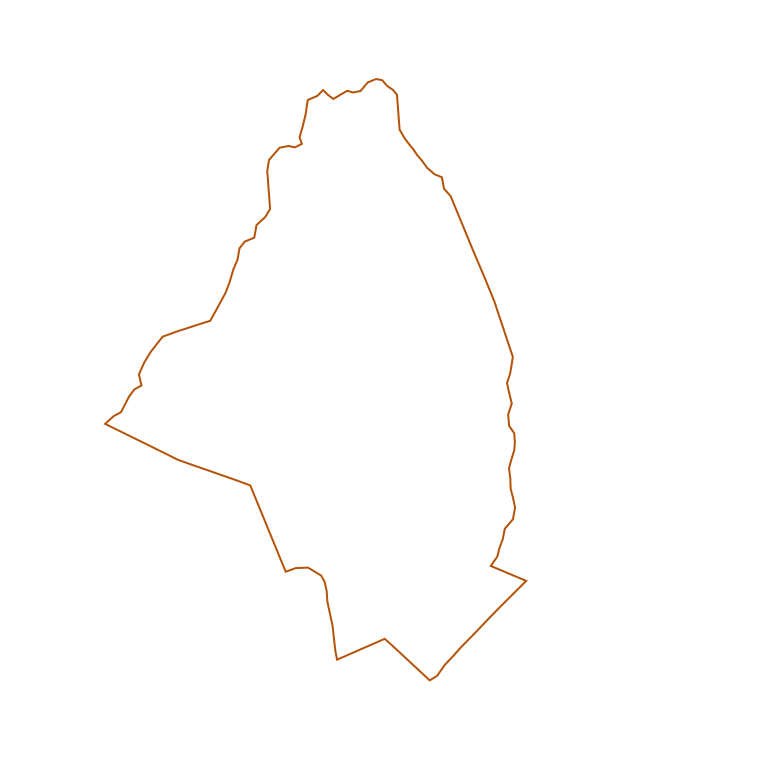 Cacimbinhas, Alagoas, Brazil (Equal Earth projection), rotated 210°
{"feature_id": "56859067B79735294491019", "entity_name": "Cacimbinhas", "entity_type": "district", "adm_level": 2, "iso_a3": "BRA", "parent_name": "Brazil", "parent_adm1": "Alagoas", "projection": "equal_earth", "projection_center": [-36.913, -9.453], "detail": "fine", "context": "isolated", "style": "outline", "palette": "amber", "viewbox_px": 768, "rotation_deg": 210, "n_neighbors": 0, "source": "geoboundaries", "source_scale": "gbopen_adm2", "svg_char_len": 1534}
<svg xmlns="http://www.w3.org/2000/svg" viewBox="0 0 768 768"><g transform="rotate(210 384 384)"><path d="M286.8,121.8L256.0,163.7L242.4,160.8L196.3,150.2L192.1,157.7L190.9,171.3L188.2,182.4L185.9,193.7L180.7,213.9L177.0,229.3L172.4,247.5L162.4,284.6L200.5,279.8L199.6,291.3L201.9,299.2L203.5,308.8L207.0,319.0L204.7,331.4L208.8,342.7L215.9,350.5L222.0,356.7L227.4,365.4L233.6,373.5L235.9,382.2L238.1,391.8L241.4,398.8L246.6,406.5L254.7,410.3L261.2,419.7L263.6,431.0L270.7,438.4L278.0,446.4L279.9,455.7L282.5,463.0L286.0,471.9L330.1,511.0L347.8,524.7L373.9,544.4L420.2,580.0L429.7,583.1L437.2,592.0L445.0,590.9L454.9,592.8L463.3,596.6L470.2,599.0L475.8,601.9L482.0,604.1L489.1,607.2L497.6,612.0L517.5,641.1L523.4,643.2L530.2,643.7L537.4,646.2L543.3,644.2L548.9,637.0L550.8,626.0L556.2,621.2L562.5,619.5L566.8,612.0L570.4,605.5L576.6,606.3L583.7,608.1L585.8,600.2L592.0,591.8L586.8,578.6L583.3,566.8L580.4,555.3L575.2,550.9L579.5,544.4L585.8,542.3L592.5,536.5L595.6,520.6L591.6,510.1L570.1,478.5L570.4,468.9L573.9,457.9L569.5,445.9L575.8,437.7L577.0,429.3L573.0,418.4L571.8,408.1L568.5,394.5L566.8,383.6L566.2,360.3L566.1,351.9L575.6,341.5L590.0,325.5L599.4,314.2L602.1,295.2L602.4,282.6L601.0,269.7L593.3,261.5L597.5,254.3L598.5,245.6L597.7,228.1L602.1,220.9L605.6,210.0L547.2,213.9L524.7,215.3L509.7,218.0L503.7,219.2L464.6,226.6L457.2,227.9L449.1,229.3L375.3,172.3L368.3,180.5L358.0,187.0L342.8,186.7L336.6,183.1L330.1,176.0L324.3,167.3L307.6,148.8L292.9,128.8L286.8,121.8Z" fill="none" stroke="#b45309" stroke-width="2"/></g></svg>